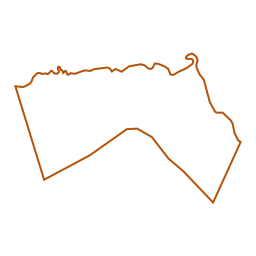 Djibouti, Arta, Djibouti (Equal Earth projection)
{"feature_id": "41766387B83981523687012", "entity_name": "Djibouti", "entity_type": "district", "adm_level": 2, "iso_a3": "DJI", "parent_name": "Djibouti", "parent_adm1": "Arta", "projection": "equal_earth", "projection_center": [43.007, 11.493], "detail": "fine", "context": "isolated", "style": "outline", "palette": "amber", "viewbox_px": 256, "rotation_deg": 0, "n_neighbors": 0, "source": "geoboundaries", "source_scale": "gbopen_adm2", "svg_char_len": 1098}
<svg xmlns="http://www.w3.org/2000/svg" viewBox="0 0 256 256"><path d="M15.4,86.3L44.1,179.7L89.8,155.3L126.8,129.2L137.1,128.6L151.9,137.1L168.5,158.6L183.5,171.4L213.1,202.5L240.6,142.1L238.1,140.2L234.6,133.2L232.6,123.7L230.9,120.5L222.7,112.7L216.5,112.7L215.2,111.8L209.9,102.3L209.0,99.1L203.9,79.9L199.2,73.8L196.5,67.1L196.3,64.4L197.6,60.6L196.9,57.8L195.3,55.7L192.0,53.5L187.7,55.2L187.2,55.8L185.9,57.2L186.3,58.7L191.9,59.1L193.0,60.2L193.2,62.1L193.0,62.5L192.1,64.1L186.1,68.4L179.1,71.5L173.2,74.9L170.5,74.5L168.3,69.0L164.8,66.5L158.4,63.9L154.8,63.5L152.5,68.0L150.7,69.0L148.2,68.5L144.6,65.3L140.8,64.3L131.9,65.8L129.2,66.3L125.9,68.6L121.8,71.7L115.3,69.0L111.9,71.5L109.7,68.5L107.4,67.5L97.2,68.8L94.0,69.2L90.1,71.0L86.1,70.4L83.0,70.9L75.0,73.8L70.8,73.2L68.1,74.8L66.8,73.8L66.2,71.3L65.1,71.0L63.2,72.9L62.4,70.6L60.9,70.0L59.9,67.2L58.2,66.8L57.8,68.2L59.0,72.0L57.3,73.6L54.1,73.4L52.3,71.0L51.0,70.8L48.9,73.4L47.2,74.2L45.5,73.4L41.9,74.0L40.0,73.0L37.5,73.1L33.1,77.3L31.3,82.0L29.7,83.8L23.5,87.0L15.4,86.3Z" fill="none" stroke="#b45309" stroke-width="2"/></svg>